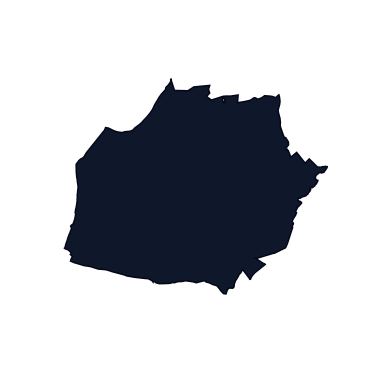 the district of CUT, Alba, Romania, rotated 309°
{"feature_id": "2599482B25854824104910", "entity_name": "CUT", "entity_type": "district", "adm_level": 2, "iso_a3": "ROU", "parent_name": "Romania", "parent_adm1": "Alba", "projection": "natural_earth1", "projection_center": [23.668, 45.952], "detail": "fine", "context": "isolated", "style": "filled", "palette": "ink", "viewbox_px": 384, "rotation_deg": 309, "n_neighbors": 0, "source": "geoboundaries", "source_scale": "gbopen_adm2", "svg_char_len": 4177}
<svg xmlns="http://www.w3.org/2000/svg" viewBox="0 0 384 384"><g transform="rotate(309 192 192)"><path d="M291.5,262.3L287.5,261.9L285.6,262.1L288.6,248.4L281.3,246.9L284.6,241.0L285.0,239.4L283.9,239.0L284.4,237.5L286.1,237.8L286.7,237.1L289.2,237.5L291.6,235.4L293.2,230.6L292.1,230.3L293.7,227.1L298.2,219.9L299.5,218.4L301.4,217.1L301.5,217.1L304.9,213.7L305.8,212.3L307.9,209.5L309.8,207.4L315.4,204.9L317.9,203.3L320.9,200.2L322.2,198.4L321.4,198.1L319.2,197.9L317.9,197.5L316.9,194.5L316.3,193.5L316.1,193.0L312.5,187.8L310.7,187.4L310.2,187.1L309.2,187.0L306.2,185.2L305.0,183.9L305.3,183.4L305.2,182.4L305.0,182.0L304.7,181.3L303.5,180.6L301.5,180.1L301.1,179.9L299.7,179.4L294.6,175.3L290.1,171.2L296.4,166.8L290.8,161.6L287.4,157.4L285.9,156.2L284.4,157.8L284.8,159.0L282.4,161.1L281.5,160.5L281.4,159.8L282.0,159.5L282.6,157.8L285.7,155.8L275.7,149.2L275.3,143.2L280.0,143.5L282.3,140.1L286.0,138.7L274.8,127.3L268.1,125.1L259.9,114.5L265.4,106.0L266.6,104.9L266.2,104.5L265.4,105.2L264.9,105.9L260.3,106.3L256.9,105.9L254.7,107.0L248.7,106.6L244.2,106.9L240.3,107.6L238.9,107.7L235.9,108.2L233.6,108.8L231.1,109.4L227.3,109.7L224.1,109.7L221.7,109.7L219.7,109.5L217.1,109.3L214.4,109.2L211.4,108.7L205.6,107.2L202.8,107.1L200.2,105.6L197.4,102.7L196.1,101.5L194.2,100.3L191.7,96.1L190.5,92.9L189.1,86.8L187.7,84.3L185.1,85.1L156.1,85.2L152.3,85.8L150.6,85.9L149.4,85.5L147.5,84.7L145.3,84.3L140.8,84.5L139.7,85.2L137.1,87.5L134.7,89.5L131.9,92.2L130.8,93.3L129.6,94.8L127.6,96.7L126.5,98.0L125.8,98.8L123.4,101.0L121.7,101.9L119.6,103.4L118.0,104.3L116.6,105.4L115.8,106.1L114.9,106.7L113.9,107.4L113.2,108.1L112.2,108.7L111.1,109.4L110.2,109.9L108.9,110.7L107.7,111.3L106.5,112.0L105.2,112.5L103.8,113.4L103.1,113.7L102.5,114.2L101.5,115.5L101.1,115.8L98.0,117.5L97.1,117.9L94.8,118.9L94.2,118.9L93.4,119.4L93.0,119.5L92.8,119.6L92.1,119.6L90.9,119.3L89.9,119.1L89.1,119.2L88.9,119.3L88.7,120.4L88.6,120.5L87.8,121.1L87.6,121.3L87.2,121.5L86.6,121.8L86.0,122.0L85.5,122.0L84.7,122.3L84.2,122.5L83.4,122.8L83.1,123.0L82.1,123.1L78.3,124.4L75.5,125.6L74.1,126.1L72.8,126.5L70.5,127.5L68.9,128.3L68.1,128.2L68.1,128.3L68.0,128.6L68.9,131.6L69.0,131.9L69.1,132.3L68.7,136.8L66.9,136.7L66.6,139.7L63.9,140.2L61.8,141.1L63.0,145.0L67.0,154.7L68.7,157.5L70.3,160.4L73.1,167.6L75.9,171.7L77.4,174.0L78.3,176.0L79.9,180.2L84.5,190.5L85.4,192.8L85.6,193.9L89.4,200.7L96.0,211.1L96.6,211.6L97.1,212.7L97.9,216.5L97.6,217.8L98.2,217.2L98.1,218.6L98.5,218.8L98.9,220.4L98.8,221.2L100.1,224.2L103.6,228.4L106.9,232.1L109.8,234.3L110.3,235.4L113.3,237.3L116.2,240.6L118.1,242.1L118.9,242.9L120.5,245.3L123.1,249.8L123.7,251.3L124.2,252.5L129.7,256.5L130.7,257.6L131.1,258.3L130.9,259.6L132.2,262.3L132.7,264.4L133.1,266.1L133.9,268.2L134.7,270.0L134.6,271.4L134.2,273.4L133.4,276.4L132.9,279.8L132.9,280.6L133.5,281.5L134.2,282.6L137.2,281.4L138.2,281.1L139.7,281.1L140.6,281.3L141.8,282.7L142.8,284.1L143.7,284.5L144.8,284.3L147.1,282.8L149.3,282.0L150.2,281.7L152.2,281.5L155.3,281.1L157.7,280.5L159.5,280.8L161.6,280.4L163.6,280.3L160.9,291.1L161.0,291.4L160.5,291.8L161.1,292.3L163.2,291.7L165.8,291.5L168.6,291.6L178.1,293.7L181.8,294.5L181.9,293.6L181.4,292.3L180.5,283.2L181.1,284.0L194.7,293.2L196.5,294.7L204.4,298.3L207.2,299.7L208.9,299.5L212.5,298.4L227.8,292.5L227.4,291.6L230.5,291.0L231.5,290.5L232.0,288.4L234.6,287.6L239.3,287.1L240.3,286.6L241.6,286.4L241.8,285.4L242.4,284.5L243.2,284.5L246.2,283.8L247.0,283.3L247.4,283.9L252.2,284.2L252.9,283.5L252.6,282.4L252.8,281.9L252.1,280.6L252.5,280.0L252.3,279.2L253.3,278.8L254.0,278.8L254.7,278.8L254.7,279.5L255.1,279.9L257.8,280.9L260.6,282.9L261.5,282.8L263.4,283.4L264.8,283.0L266.6,283.2L268.9,282.5L268.5,281.7L269.3,281.3L270.2,281.2L270.8,281.5L270.7,282.0L271.1,282.8L274.1,283.5L275.1,283.2L276.6,283.5L279.9,282.8L280.2,282.5L279.8,281.3L280.0,280.7L279.9,280.1L280.1,279.1L282.4,278.1L284.0,278.1L287.1,278.8L288.3,279.6L288.1,280.4L288.5,281.0L289.3,280.9L290.1,282.0L291.6,282.1L291.9,281.8L294.0,281.9L295.9,281.6L296.8,281.1L296.3,280.6L295.9,279.4L294.9,279.0L294.1,277.7L292.4,276.6L291.0,274.7L290.3,273.3L290.5,272.5L291.5,262.3Z" fill="#0f172a" stroke="#020617" stroke-width="1.5"/></g></svg>